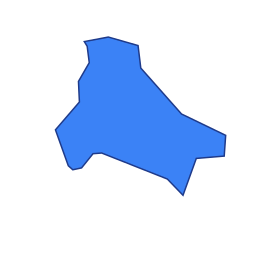 map outline of Walsall (Robinson projection), rotated 222°
{"feature_id": "GBR-5694", "entity_name": "Walsall", "entity_type": "Metropolitan Borough", "adm_level": 1, "iso_a3": "GBR", "parent_name": "United Kingdom", "parent_adm1": "", "projection": "robinson", "projection_center": [-1.949, 52.606], "detail": "fine", "context": "isolated", "style": "filled", "palette": "blue", "viewbox_px": 256, "rotation_deg": 222, "n_neighbors": 0, "source": "natural_earth", "source_scale": "10m", "svg_char_len": 410}
<svg xmlns="http://www.w3.org/2000/svg" viewBox="0 0 256 256"><g transform="rotate(222 128 128)"><path d="M37.7,171.5L56.9,151.1L42.1,114.8L64.6,116.4L130.8,91.8L136.8,85.5L135.8,67.3L141.1,60.0L147.1,60.0L180.7,78.1L181.5,114.8L196.0,129.5L200.5,150.6L213.0,161.4L218.3,163.0L203.5,182.4L175.7,196.0L158.6,181.1L97.6,174.2L50.5,187.9L37.7,171.5Z" fill="#3b82f6" stroke="#1e3a8a" stroke-width="1.5"/></g></svg>